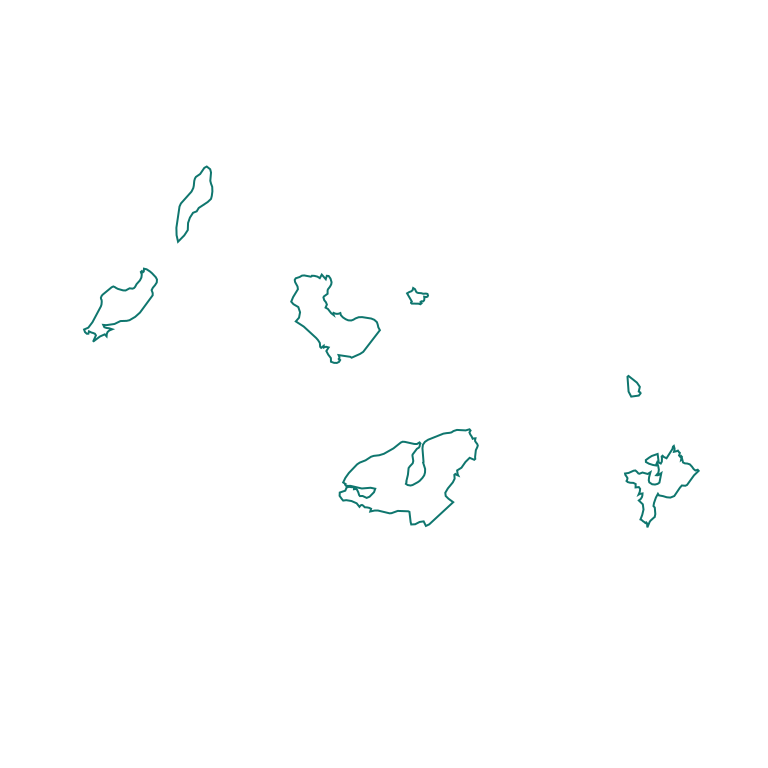 the Region of Voreio Aigaio, rotated 139°
{"feature_id": "GRC-2988", "entity_name": "Voreio Aigaio", "entity_type": "Region", "adm_level": 1, "iso_a3": "GRC", "parent_name": "Greece", "parent_adm1": "", "projection": "robinson", "projection_center": [25.95, 38.775], "detail": "fine", "context": "isolated", "style": "outline", "palette": "teal", "viewbox_px": 768, "rotation_deg": 139, "n_neighbors": 0, "source": "natural_earth", "source_scale": "10m", "svg_char_len": 6172}
<svg xmlns="http://www.w3.org/2000/svg" viewBox="0 0 768 768"><g transform="rotate(139 384 384)"><path d="M491.3,322.8L491.3,324.8L490.9,328.7L488.6,331.1L483.2,328.9L480.2,330.4L478.0,329.5L476.2,327.4L474.3,325.7L475.7,324.3L474.0,323.2L473.7,322.0L474.5,319.0L475.6,316.6L475.7,315.2L473.6,313.5L471.8,309.4L468.8,308.4L462.5,308.9L459.3,310.7L462.2,314.5L469.3,319.7L476.1,329.1L479.4,331.8L479.4,333.4L479.0,334.4L478.8,334.3L479.4,336.5L474.7,338.5L468.9,339.9L457.0,341.0L453.9,340.6L448.0,338.5L441.5,337.6L438.9,336.5L434.4,333.4L429.9,331.4L419.1,329.2L409.7,328.8L407.8,328.2L406.2,326.6L400.5,318.9L398.5,317.1L395.5,316.6L395.5,315.2L396.6,314.8L398.1,313.5L399.4,313.1L401.7,313.5L408.7,312.0L409.5,311.3L412.4,306.7L414.4,305.3L418.5,304.9L420.6,304.4L425.5,299.8L431.0,295.9L431.2,295.3L433.0,294.3L432.4,292.2L430.6,290.0L428.7,289.0L422.8,287.7L420.6,287.5L416.7,287.9L413.6,288.7L411.1,290.3L408.7,292.9L406.0,299.1L405.4,299.1L397.2,310.2L394.5,312.6L391.1,313.5L387.3,313.0L371.8,307.6L369.2,306.0L366.5,304.1L364.8,303.2L362.4,302.9L359.1,301.5L352.8,295.4L349.2,293.7L349.2,292.1L351.3,291.4L352.0,289.3L352.3,286.8L353.0,284.5L352.2,284.2L350.6,283.0L352.0,282.0L352.7,281.1L352.9,279.7L353.0,277.6L353.6,276.0L355.1,275.1L358.1,273.8L363.1,269.2L364.3,267.6L365.6,267.6L367.8,272.1L373.7,271.7L380.5,270.0L385.5,270.8L387.6,267.6L388.0,266.2L389.0,268.3L389.2,269.3L390.5,269.3L392.8,266.2L396.6,264.6L404.3,263.3L409.1,261.7L410.9,259.0L410.6,255.1L409.3,249.4L442.0,248.4L445.5,249.4L444.2,254.3L447.6,256.5L452.5,257.7L455.6,260.1L454.5,262.3L448.7,270.8L449.2,272.0L456.9,279.2L463.1,281.6L464.6,282.7L471.6,292.5L474.0,294.6L478.0,296.8L475.6,298.3L476.4,300.2L477.7,301.9L479.4,303.6L479.5,305.8L480.0,307.2L481.2,307.7L483.1,307.4L482.9,311.9L485.3,317.0L488.7,321.1L491.3,322.8ZM409.4,435.6L407.1,438.4L406.8,442.8L405.9,446.7L401.8,447.9L403.2,450.0L404.0,450.5L405.5,451.0L404.4,452.4L407.7,452.5L407.8,453.9L405.5,457.1L405.0,460.4L405.0,463.2L406.9,480.0L409.5,489.1L404.6,489.8L400.3,493.2L398.2,498.3L400.0,503.7L400.0,507.0L395.6,509.2L386.8,512.0L385.3,514.3L384.2,519.3L383.1,521.1L381.3,521.7L377.5,520.1L374.8,519.6L373.0,518.3L368.9,513.1L368.1,512.8L367.4,513.0L365.6,511.3L363.8,508.7L363.0,506.0L359.2,507.4L359.2,501.3L356.2,503.2L354.9,501.8L355.2,498.7L356.8,495.2L358.5,493.8L360.9,492.9L364.3,492.2L365.3,491.5L367.4,489.1L371.9,489.5L372.9,489.1L374.1,486.5L374.2,483.8L375.0,481.4L378.0,480.0L377.1,477.5L377.4,472.1L376.8,469.2L376.4,470.3L375.4,470.8L374.6,469.1L373.5,467.8L372.1,466.8L370.4,466.2L371.4,464.2L371.3,461.2L370.4,458.0L369.2,455.5L367.0,453.4L364.9,452.6L362.5,452.2L359.3,451.0L356.6,448.8L350.7,441.8L349.2,438.8L348.8,435.3L349.8,432.9L351.1,430.5L351.8,427.3L378.6,421.9L382.3,422.4L391.2,425.1L391.6,426.6L399.3,435.6L400.0,433.6L400.6,432.9L401.8,432.6L401.9,431.6L401.7,431.3L400.6,431.1L403.4,430.2L405.7,430.8L407.8,432.7L409.4,435.6ZM279.3,103.0L277.7,105.2L276.9,106.0L276.9,107.4L277.8,107.3L278.0,107.6L277.9,108.3L278.5,110.3L278.8,112.5L279.3,113.5L275.0,115.8L270.5,119.0L267.6,123.4L268.1,128.9L265.6,128.8L263.6,129.4L262.1,130.4L260.7,131.8L263.2,133.3L264.4,133.5L261.6,134.9L259.5,136.8L259.3,139.0L262.0,140.9L259.7,143.4L260.7,145.8L263.0,148.0L264.4,150.1L264.6,151.7L263.6,152.0L262.0,153.2L261.7,154.8L261.5,157.0L260.8,158.3L257.8,156.4L252.5,154.8L251.0,153.8L250.7,151.7L250.7,149.6L250.1,148.7L247.0,147.6L244.0,143.1L240.8,142.6L245.0,139.8L247.3,137.7L248.3,135.7L247.4,132.4L245.4,130.3L243.0,129.1L240.8,128.9L233.2,134.8L236.3,135.1L237.4,135.6L238.3,136.5L235.1,137.0L232.7,139.1L230.9,142.2L229.6,145.5L231.5,144.6L232.1,144.0L234.1,146.4L236.3,150.0L237.5,153.3L236.3,154.8L232.4,154.5L229.1,154.0L223.4,151.7L227.5,145.5L228.2,144.7L227.3,142.4L225.3,143.1L223.2,145.3L222.0,147.1L220.8,147.1L220.7,145.4L219.5,142.6L209.0,145.7L207.0,147.1L205.9,147.1L207.1,144.6L208.1,143.6L209.6,142.6L207.2,141.3L205.9,140.9L206.1,139.0L205.9,138.0L207.0,137.1L208.2,136.5L208.2,134.8L207.0,134.8L207.0,133.5L207.9,133.2L209.6,131.8L208.2,131.8L209.8,128.6L209.0,126.7L207.3,125.0L205.9,122.7L205.8,119.5L206.1,116.6L205.7,114.4L203.5,113.5L203.5,112.0L209.9,111.7L221.5,109.0L223.3,109.5L225.8,112.0L228.7,111.6L238.4,109.0L242.4,110.4L244.9,113.0L246.9,116.2L249.6,119.6L249.3,121.4L253.3,119.9L258.2,117.1L260.7,115.1L260.7,113.1L264.6,107.8L267.0,106.0L267.7,106.1L272.6,106.0L274.1,105.6L279.3,103.0ZM572.1,617.3L574.1,615.9L575.3,616.9L575.6,619.3L574.6,621.9L570.2,620.5L563.5,621.9L546.8,628.3L545.1,629.3L543.1,631.2L542.0,632.7L541.7,633.9L541.1,634.8L539.4,635.7L537.8,636.0L526.1,635.7L524.3,635.2L523.6,633.8L523.1,632.0L522.4,630.3L519.4,625.7L517.6,624.1L513.2,623.1L511.2,620.9L509.7,620.4L508.1,620.6L505.2,621.7L500.3,622.3L497.3,623.5L495.0,625.5L494.0,628.1L492.7,628.1L492.7,626.5L491.5,626.5L489.5,628.5L487.9,626.3L486.8,622.5L486.4,619.7L486.2,614.3L486.8,611.8L488.9,609.7L492.0,608.8L495.3,608.3L497.8,607.3L498.9,604.4L500.4,602.7L521.3,598.0L527.7,597.9L534.2,599.1L536.8,600.5L541.6,604.4L548.0,606.1L555.1,610.7L557.1,612.8L557.8,610.3L556.7,608.4L554.9,606.4L553.2,603.6L556.2,604.6L558.4,604.6L560.3,603.7L562.1,602.0L562.2,604.7L567.2,606.2L575.8,606.8L569.5,609.7L569.2,611.6L570.0,613.2L571.1,614.9L572.1,617.3ZM446.1,626.5L442.9,632.4L438.2,638.1L421.9,652.1L418.8,653.5L403.0,655.5L399.4,657.0L397.5,658.4L393.9,661.8L391.9,663.1L390.1,663.7L385.0,663.1L377.8,665.0L375.1,664.4L374.3,660.1L375.8,657.1L381.8,651.3L383.1,648.7L384.3,645.5L387.2,641.9L390.6,638.9L393.1,637.2L397.7,637.0L408.3,638.4L412.1,637.2L415.8,638.5L421.3,636.9L426.2,634.1L431.1,628.9L437.2,627.2L446.1,626.5ZM304.2,420.3L305.3,422.0L310.3,426.5L310.4,427.5L310.1,427.8L308.9,428.0L307.1,437.3L304.5,436.8L302.7,436.1L301.0,436.0L299.0,437.3L298.4,435.2L299.2,432.5L299.0,431.1L298.3,430.1L296.2,428.0L295.3,426.5L293.0,424.7L292.1,423.5L292.7,421.9L293.9,421.4L295.1,421.9L296.4,423.5L297.5,421.9L298.9,420.8L300.3,420.7L301.5,421.9L302.7,421.9L302.7,420.3L304.2,420.3ZM199.3,208.1L205.7,212.3L204.4,217.8L195.5,229.7L194.2,229.7L192.2,219.1L192.8,214.0L196.7,211.2L196.1,209.4L196.5,208.6L199.3,208.1Z" fill="none" stroke="#0f766e" stroke-width="2"/></g></svg>